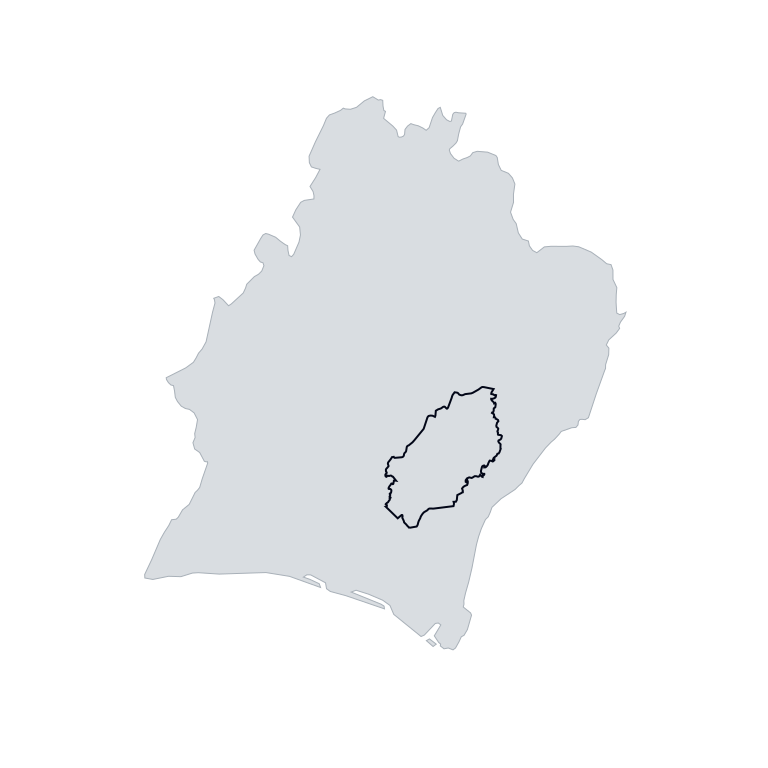 location of N'zi-Comoé within Ivory Coast, rotated 26°
{"feature_id": "CIV-3452", "entity_name": "N'zi-Comoé", "entity_type": "Department", "adm_level": 1, "iso_a3": "CIV", "parent_name": "Ivory Coast", "parent_adm1": "", "projection": "equal_earth", "projection_center": [-4.27, 7.107], "detail": "fine", "context": "in_parent", "style": "outline", "palette": "ink", "viewbox_px": 768, "rotation_deg": 26, "n_neighbors": 0, "source": "natural_earth", "source_scale": "10m", "svg_char_len": 8340}
<svg xmlns="http://www.w3.org/2000/svg" viewBox="0 0 768 768"><g transform="rotate(26 384 384)"><path d="M226.5,153.9L228.4,153.8L233.4,151.8L238.0,147.4L242.2,138.2L248.0,130.7L254.4,131.3L256.3,129.9L258.5,129.6L261.2,134.5L263.9,138.2L265.8,138.3L267.2,145.4L278.9,148.3L284.0,150.3L288.2,155.4L289.6,155.5L291.4,154.4L292.8,152.7L293.1,150.7L291.3,146.0L292.1,141.9L294.0,138.2L297.0,137.9L301.6,136.9L306.8,136.9L310.7,137.5L312.2,133.8L310.8,123.3L311.2,117.6L311.8,112.7L313.3,110.7L319.1,116.9L324.4,119.1L328.2,119.2L329.3,118.1L327.6,111.4L328.1,109.4L329.5,108.2L332.0,107.6L338.8,104.8L339.5,105.4L340.7,115.9L340.1,119.3L341.5,126.5L343.3,133.1L343.1,135.8L341.7,139.9L340.0,143.7L340.2,145.2L342.8,147.8L348.0,150.4L353.4,151.0L356.3,147.2L359.5,144.0L361.6,141.2L362.4,137.1L365.8,134.0L375.5,130.2L384.4,129.6L386.5,130.8L390.6,136.6L395.7,140.6L403.5,140.1L409.1,142.5L414.0,146.9L417.2,156.8L420.8,164.0L422.4,174.1L428.0,179.5L432.5,181.9L438.5,189.3L444.7,193.1L451.1,192.2L454.1,196.1L459.0,198.8L463.8,199.0L468.0,190.5L473.6,187.1L487.7,180.3L493.2,177.2L498.9,175.3L512.5,174.6L525.1,176.7L531.4,178.3L535.7,177.2L539.8,181.2L544.0,189.7L547.4,192.4L551.0,195.3L553.6,202.0L556.7,208.7L558.3,211.6L562.1,218.2L565.4,218.3L568.6,215.5L570.0,213.4L570.6,217.7L569.4,224.7L569.6,229.1L571.4,230.7L570.4,236.3L566.7,245.8L566.7,251.5L570.4,253.2L573.1,259.2L574.7,269.5L576.3,272.9L576.4,275.0L579.1,299.8L582.5,324.7L580.4,327.9L577.5,328.9L575.6,330.0L575.1,332.4L576.3,335.8L575.5,338.9L571.9,341.0L564.1,348.9L563.5,352.1L561.5,358.8L559.7,362.9L557.2,370.6L553.1,390.7L551.6,407.5L551.4,412.6L549.8,416.2L548.0,421.4L539.5,435.8L535.1,447.5L535.7,452.6L535.9,457.7L534.6,461.4L534.9,471.3L535.9,479.6L537.5,487.8L543.7,510.8L546.9,524.8L548.9,536.1L550.7,543.7L552.4,546.8L553.0,549.7L562.2,551.8L564.0,553.4L566.6,568.2L566.1,574.8L564.3,577.3L564.4,582.9L564.0,589.9L562.6,592.7L557.5,593.1L554.0,595.7L549.4,594.7L548.9,592.9L546.4,592.3L539.6,588.3L540.7,575.6L537.6,575.0L535.1,576.7L530.3,592.0L528.0,594.7L493.8,586.8L486.4,580.4L477.6,578.9L462.1,579.7L449.3,581.6L445.7,585.4L477.9,583.2L481.4,583.6L483.0,585.9L442.3,591.0L426.7,594.0L422.1,593.2L418.6,588.3L401.8,587.7L398.3,589.3L396.2,592.9L402.9,592.1L413.3,591.9L416.2,594.7L383.4,598.3L360.6,605.2L350.9,610.3L319.2,627.1L299.8,635.0L294.7,637.9L285.9,646.2L274.6,651.3L261.9,661.0L254.1,663.2L252.4,660.1L252.2,643.7L251.1,621.8L251.6,613.5L252.6,605.6L252.6,599.1L256.5,596.6L257.5,593.9L258.1,585.4L261.7,577.6L261.8,564.2L262.9,561.4L263.7,557.8L262.2,548.9L260.2,532.3L259.3,531.2L258.4,531.9L256.4,532.2L248.4,526.4L242.3,525.4L238.0,520.5L237.7,514.9L235.6,511.6L234.2,505.2L232.0,497.7L226.0,493.2L220.3,492.1L216.2,493.1L211.5,492.8L206.1,490.3L202.3,487.5L198.8,482.1L195.5,477.7L192.9,478.3L189.7,477.3L186.5,475.3L185.5,473.8L198.7,456.5L203.2,448.0L203.7,442.8L203.8,437.6L205.2,432.3L205.6,424.1L198.4,394.5L196.6,385.3L194.7,382.6L193.4,381.6L197.1,377.8L202.2,378.8L210.0,381.8L211.7,378.9L217.6,363.9L217.5,358.4L216.9,354.5L220.4,344.3L223.1,340.4L224.6,336.1L224.2,330.3L222.1,328.1L219.4,328.5L216.1,327.1L211.1,323.7L208.6,320.7L209.4,307.2L209.9,303.1L211.7,300.6L214.4,300.0L222.2,299.6L228.4,301.1L233.9,302.0L236.8,302.0L239.1,306.0L242.3,310.1L245.1,310.1L246.0,307.0L245.4,293.7L243.6,286.7L239.4,279.9L228.6,274.1L228.4,266.0L229.5,257.2L231.9,253.9L239.9,248.4L238.5,245.4L236.0,242.2L230.9,238.9L232.1,228.4L232.4,219.1L228.1,220.1L223.6,220.7L219.9,217.8L216.8,212.1L216.2,196.4L216.3,178.4L215.8,170.4L217.0,166.1L220.8,162.2L225.0,157.1L226.5,153.9ZM545.0,594.9L543.2,598.4L534.6,596.1L536.6,593.2L545.0,594.9Z" fill="#d9dde1" stroke="#a8b0b8" stroke-width="1"/><path d="M500.0,463.3L483.1,474.3L479.6,475.9L479.0,476.5L478.7,477.0L478.6,477.5L478.4,478.1L478.1,478.8L476.5,481.2L476.1,481.9L475.6,483.6L475.3,485.6L475.2,486.7L475.2,487.3L475.4,488.8L475.4,489.3L475.3,490.3L475.3,491.3L475.3,492.2L475.6,494.1L475.8,494.9L475.9,495.4L476.0,496.5L475.8,497.8L470.6,501.6L469.2,502.1L468.9,501.8L467.5,501.4L465.3,500.4L463.1,499.7L462.7,499.5L462.5,499.2L462.0,498.6L460.4,497.2L459.5,496.6L459.3,496.3L459.0,496.0L458.8,495.1L458.6,494.7L458.3,494.2L457.9,493.8L457.5,493.9L457.2,494.1L455.2,498.7L439.7,493.6L440.1,493.4L440.2,493.0L440.0,492.3L439.8,491.8L439.5,491.5L439.2,491.5L438.5,491.6L438.3,491.5L438.2,491.2L438.8,489.5L439.0,489.3L439.3,488.8L439.5,488.1L439.6,486.8L439.8,486.1L439.9,485.6L439.8,485.1L439.1,484.2L439.4,483.7L439.7,483.5L439.7,483.2L439.4,483.0L438.7,483.0L438.4,482.8L438.3,482.4L438.3,481.5L438.3,481.0L438.0,480.6L437.6,480.5L437.3,480.3L437.3,479.9L437.5,479.5L437.7,479.4L437.9,479.0L437.9,478.3L437.5,476.9L437.2,476.3L436.8,475.9L435.8,475.6L435.5,475.7L434.8,476.0L434.5,476.1L434.2,476.2L433.9,475.9L433.7,475.4L433.7,474.2L433.8,473.2L434.1,471.9L434.2,470.6L434.3,470.2L434.7,470.0L435.7,470.2L436.0,470.0L436.1,469.7L436.0,469.0L435.8,468.6L435.7,468.2L435.6,467.3L435.5,467.0L435.3,466.8L435.3,466.4L435.5,466.1L437.2,465.6L432.7,463.4L432.4,463.4L432.1,463.5L431.8,463.5L430.9,463.2L430.5,463.3L430.2,463.4L429.9,463.5L429.6,463.8L429.1,464.3L428.8,464.5L428.5,464.6L427.7,464.7L427.4,464.8L427.1,465.0L427.1,465.3L427.1,465.8L427.0,466.1L426.8,466.4L426.4,466.4L426.1,466.3L425.7,466.1L425.4,465.7L425.0,465.0L425.0,464.1L425.1,463.9L425.3,463.7L425.4,463.4L425.4,462.9L425.3,462.5L425.1,462.2L424.7,462.1L424.2,461.8L423.4,460.5L423.2,459.9L423.3,458.9L423.7,457.8L423.9,456.8L424.0,456.4L424.1,456.0L423.9,455.5L423.3,454.9L422.7,454.3L422.4,453.9L422.1,452.7L422.9,449.1L423.2,447.1L423.2,446.7L423.2,446.3L424.7,445.2L425.2,445.6L425.5,445.7L426.0,445.7L432.0,442.1L432.6,441.6L432.8,441.3L433.0,440.9L433.2,440.3L433.2,439.6L432.8,438.4L432.7,437.8L432.7,437.2L433.2,435.8L433.3,435.2L433.3,434.7L432.7,432.6L432.1,430.7L432.1,430.1L432.2,429.7L432.3,429.3L433.2,428.2L435.2,423.9L435.4,423.1L435.9,421.4L439.3,407.0L439.2,406.0L437.7,395.0L437.8,394.1L438.1,393.2L439.2,392.3L440.0,391.8L441.7,391.2L444.2,391.2L444.1,389.9L443.9,389.4L442.3,385.3L443.7,383.1L445.4,381.5L445.8,381.1L446.4,380.1L447.0,378.9L447.4,378.4L447.8,378.1L448.1,377.9L448.5,377.8L448.9,377.9L451.0,378.6L451.4,378.6L451.7,378.1L451.9,377.1L450.9,366.8L450.7,365.8L450.6,365.3L450.5,363.9L451.1,360.5L453.6,359.7L454.1,359.7L454.7,359.8L456.1,360.5L456.9,360.5L457.7,360.4L458.8,360.1L459.7,359.5L461.4,357.5L466.5,354.2L467.7,352.9L471.4,347.5L472.9,344.6L473.2,344.1L473.7,343.6L475.1,343.0L484.7,340.5L484.3,344.4L484.7,345.9L485.7,345.8L486.8,345.4L487.7,345.6L488.3,345.7L489.0,345.0L489.6,344.9L490.1,346.6L490.0,347.4L489.5,348.3L488.3,349.5L487.4,350.1L486.8,350.3L486.9,350.6L487.9,351.4L488.9,351.8L490.8,352.4L491.5,353.2L492.3,352.2L493.2,353.0L493.4,353.7L493.8,354.7L494.2,356.2L494.0,356.6L493.7,357.2L493.4,357.7L493.5,358.3L493.9,359.0L494.1,359.4L494.5,361.1L494.4,361.7L493.7,362.2L493.7,362.7L495.1,362.8L496.2,363.1L496.8,364.0L497.3,365.7L498.0,365.3L498.6,365.3L499.1,365.7L499.5,366.3L500.8,366.2L502.3,366.4L503.1,367.3L502.6,369.3L503.2,372.2L503.9,373.2L505.5,373.6L506.3,374.1L506.6,375.4L506.6,376.6L506.9,377.2L507.6,377.5L508.0,378.3L508.3,379.1L508.9,379.6L511.5,378.7L512.8,379.1L513.3,381.7L513.0,382.8L511.7,384.5L511.8,385.3L512.3,385.8L513.1,386.3L513.9,386.6L514.7,386.8L515.2,387.1L515.5,387.7L515.7,388.4L517.1,391.2L517.3,391.2L517.7,394.8L517.5,396.2L516.5,397.0L516.6,399.0L515.6,401.0L515.0,402.3L515.1,404.2L515.6,403.9L516.1,403.6L516.1,403.9L516.1,404.1L516.5,404.2L516.1,405.5L515.6,406.0L514.3,406.0L512.6,406.5L512.5,407.0L512.5,409.6L512.7,410.6L512.7,411.5L512.5,412.6L512.1,413.7L511.9,414.2L511.5,414.6L510.7,415.0L510.5,413.5L509.8,413.3L509.0,413.9L508.4,415.0L508.5,416.1L509.1,418.9L509.3,419.8L509.9,420.7L510.6,421.2L512.5,421.6L512.5,421.3L513.0,421.0L513.5,420.8L513.8,421.3L513.7,421.9L513.6,422.3L513.3,422.7L512.9,422.9L513.4,424.3L512.5,424.4L510.2,423.4L510.0,425.3L509.2,426.1L507.1,426.5L505.9,427.1L505.3,428.1L504.7,429.1L504.0,430.0L501.5,430.6L500.0,432.4L499.6,434.7L500.3,436.1L500.9,436.2L501.3,434.2L502.2,435.1L502.8,436.7L503.0,438.3L502.4,439.0L501.8,439.6L500.9,440.8L500.2,442.4L500.0,443.8L500.6,444.3L501.7,445.5L502.3,446.8L501.6,447.4L501.4,448.0L498.6,451.7L500.3,456.4L500.2,458.3L498.2,459.4L499.1,460.4L499.6,461.6L499.9,462.8L500.0,463.3Z" fill="none" stroke="#020617" stroke-width="2"/></g></svg>